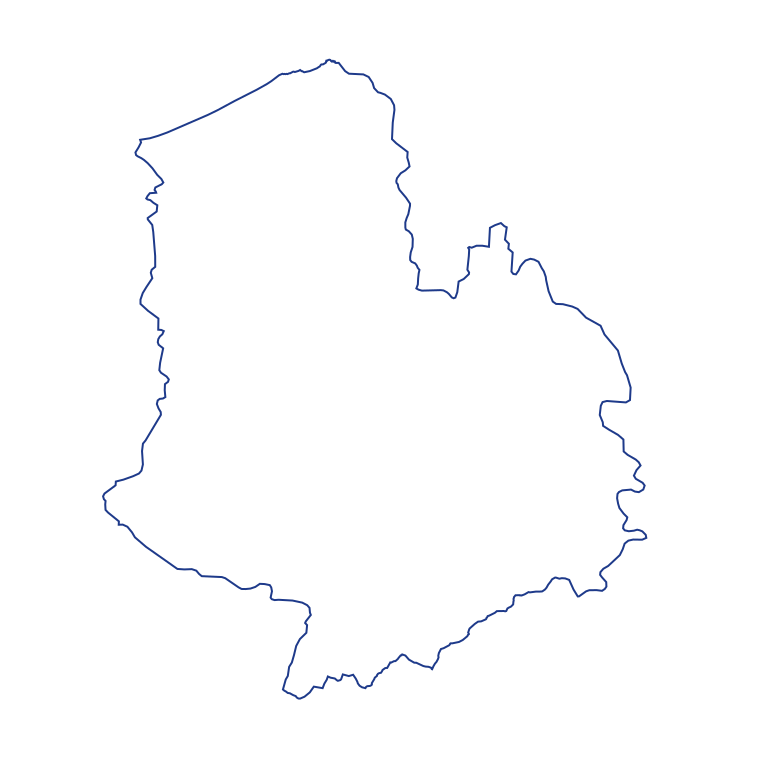 San Carlos, Maldonado, Uruguay (Robinson projection), rotated 184°
{"feature_id": "84410073B16503485399058", "entity_name": "San Carlos", "entity_type": "district", "adm_level": 2, "iso_a3": "URY", "parent_name": "Uruguay", "parent_adm1": "Maldonado", "projection": "robinson", "projection_center": [-54.965, -34.66], "detail": "fine", "context": "isolated", "style": "outline", "palette": "blue", "viewbox_px": 768, "rotation_deg": 184, "n_neighbors": 0, "source": "geoboundaries", "source_scale": "gbopen_adm2", "svg_char_len": 6115}
<svg xmlns="http://www.w3.org/2000/svg" viewBox="0 0 768 768"><g transform="rotate(184 384 384)"><path d="M278.6,552.7L284.3,550.2L289.2,547.2L288.9,528.2L295.7,528.8L301.3,528.4L306.0,526.1L308.5,526.6L309.5,525.7L308.4,524.1L308.3,517.6L308.8,503.8L306.9,501.2L307.0,499.5L311.8,494.3L316.7,491.4L317.3,480.7L318.8,475.2L320.5,474.4L322.4,475.1L325.6,478.4L327.6,479.9L331.2,481.5L333.9,481.6L352.7,479.8L356.1,480.5L358.4,481.6L357.2,485.6L357.3,491.8L357.1,496.8L356.6,500.3L358.5,502.3L359.5,504.4L361.3,506.5L365.0,507.8L366.5,509.5L366.8,512.5L366.5,517.1L365.1,522.7L365.4,530.8L366.7,535.0L369.9,538.1L373.0,539.6L373.6,541.5L374.0,546.7L373.0,551.0L371.6,555.1L370.5,563.5L370.6,565.7L375.0,571.4L382.0,578.6L383.3,580.9L384.2,584.2L385.5,585.5L385.9,587.3L385.4,590.2L382.0,595.4L377.6,598.6L373.7,602.8L374.8,606.7L376.6,611.5L376.6,617.1L388.6,625.0L393.1,628.8L393.5,645.4L392.7,658.2L393.4,662.8L397.1,668.8L403.3,672.8L408.0,674.2L410.3,674.6L414.5,678.5L416.4,683.6L420.7,689.2L426.2,691.4L440.6,691.1L444.6,693.4L451.6,701.2L454.3,700.9L455.1,701.1L455.6,701.9L455.4,702.1L455.6,702.4L456.1,702.3L456.5,702.6L457.0,702.0L457.4,702.1L457.8,702.6L458.5,702.0L459.2,702.4L459.2,702.6L460.2,703.5L461.2,703.7L462.5,703.2L463.2,702.5L464.0,702.6L464.3,701.9L464.1,701.6L464.2,701.0L464.6,700.3L467.1,698.6L468.8,698.4L469.3,697.9L470.3,696.2L471.2,695.7L472.9,694.3L479.8,691.0L485.4,689.4L487.5,690.4L488.0,690.3L489.6,691.4L491.0,690.4L494.7,689.0L495.8,689.3L496.5,689.2L499.3,687.4L500.0,687.4L502.0,686.4L502.8,686.6L504.0,686.2L504.9,686.4L505.8,686.1L507.0,686.4L510.2,684.7L517.6,678.2L521.7,675.1L531.6,668.6L552.8,655.9L569.2,645.5L578.4,640.2L617.7,619.8L626.7,615.8L634.7,612.8L644.3,610.6L643.2,608.0L645.3,603.0L648.1,597.7L647.3,595.1L645.7,594.0L641.9,592.4L639.1,590.8L635.1,587.8L630.0,583.0L624.8,576.8L620.4,573.0L618.2,569.6L619.6,567.8L625.8,564.1L626.4,561.6L625.1,560.1L624.6,558.9L630.9,558.0L633.0,555.0L634.1,552.5L632.8,551.6L629.9,551.1L626.7,548.7L622.6,546.5L622.8,540.2L631.3,533.1L631.1,531.7L626.3,526.5L624.8,519.6L621.2,495.7L620.4,484.9L623.7,481.8L624.4,478.7L622.5,473.4L627.8,464.1L631.0,457.9L632.8,451.2L632.5,446.9L624.3,440.4L613.6,433.6L613.0,422.4L609.9,422.4L607.4,421.4L608.6,418.1L610.9,415.8L612.3,413.0L612.6,409.9L611.5,407.4L606.8,404.2L608.8,389.6L609.1,382.1L607.3,379.7L601.4,376.3L599.0,373.6L599.6,371.1L602.5,368.6L602.3,362.4L601.2,355.7L603.5,354.1L606.7,353.5L608.6,351.8L609.2,348.2L607.2,343.9L604.8,340.5L604.4,337.7L617.9,311.1L620.3,307.7L620.7,300.2L618.9,286.9L619.9,280.7L622.2,277.6L627.9,274.5L637.3,270.4L644.7,268.0L644.7,264.2L655.2,255.2L656.4,252.4L655.4,249.6L653.6,247.9L653.7,244.5L653.0,239.0L650.3,236.5L638.9,228.5L638.8,225.1L634.8,225.5L630.0,223.7L625.0,218.4L621.8,213.7L610.1,205.0L577.2,185.1L570.3,185.1L562.8,185.9L558.2,184.7L555.2,181.6L552.4,179.6L532.3,180.1L528.8,179.2L514.9,171.0L511.8,169.6L507.8,169.8L503.0,170.6L498.2,172.6L493.9,176.0L489.1,176.1L483.9,175.4L482.3,173.2L481.3,169.4L482.2,163.0L480.9,161.5L478.1,160.8L474.1,161.4L460.1,161.6L450.3,160.2L445.2,158.0L442.7,155.5L441.9,150.7L440.9,148.5L445.4,141.8L446.0,140.1L443.9,138.1L444.1,130.4L450.1,123.7L453.3,116.6L454.9,107.2L456.5,99.7L458.9,95.2L459.6,86.0L461.4,82.4L463.5,72.2L462.0,71.1L460.4,70.4L458.5,69.1L456.3,68.9L452.9,67.3L450.3,66.5L449.2,65.2L447.5,64.3L445.8,64.3L441.5,66.5L436.5,71.2L432.9,77.2L424.0,76.3L422.6,80.9L420.5,85.0L419.6,88.3L416.8,87.3L412.5,86.8L410.4,85.2L409.3,84.7L406.9,85.6L406.2,86.4L404.8,91.4L398.7,90.2L394.5,91.8L391.6,88.1L389.8,85.1L389.2,83.5L387.3,81.3L384.7,79.9L381.3,79.3L380.7,80.6L379.6,81.4L377.0,81.8L375.5,82.7L375.1,83.7L375.3,84.7L373.2,88.8L372.7,90.4L370.7,92.3L370.7,93.0L369.8,94.5L368.7,95.2L366.9,95.7L366.0,97.2L365.5,98.6L363.1,100.6L362.1,100.9L361.0,101.0L358.3,106.7L357.6,106.5L354.7,108.2L353.2,108.4L350.9,110.8L350.5,111.6L348.4,114.5L347.6,114.5L347.0,115.5L343.7,114.6L339.9,110.8L334.4,108.1L332.4,108.2L325.1,105.4L322.7,105.0L319.9,105.0L318.1,104.5L317.2,104.2L316.4,102.9L316.1,102.8L314.9,106.1L313.6,108.7L312.3,110.4L311.0,113.3L310.5,115.2L310.9,116.6L310.5,119.4L308.7,123.6L306.1,124.6L300.8,127.9L300.1,128.8L299.9,129.6L299.6,129.9L297.6,130.1L291.2,131.9L287.6,134.1L283.3,138.2L282.7,139.6L281.9,140.3L281.9,140.7L282.7,141.9L281.9,145.2L281.5,146.1L276.7,151.0L273.6,153.5L270.5,154.0L266.1,156.3L265.7,156.7L265.4,157.9L264.9,158.3L264.4,159.7L263.0,160.2L257.4,163.5L255.6,165.3L248.7,165.9L247.2,165.7L246.2,166.1L245.2,168.7L243.8,169.7L241.9,170.7L239.8,173.1L239.7,176.2L239.5,176.8L239.8,178.7L239.5,179.7L239.5,180.4L238.1,182.4L234.2,182.8L233.5,182.5L232.7,182.8L232.0,182.6L229.0,184.0L225.3,186.5L223.9,186.3L218.0,187.5L212.9,187.9L211.6,188.2L209.1,190.2L207.7,192.1L206.2,195.3L203.9,198.7L202.7,200.9L199.9,202.8L199.1,202.9L195.5,202.0L193.1,202.7L189.7,202.7L185.6,201.5L180.6,192.2L175.9,185.6L174.7,185.7L167.9,191.3L164.8,192.6L157.6,193.2L152.0,192.9L149.4,195.0L148.0,197.4L148.5,201.9L153.1,206.4L155.1,208.7L155.0,211.4L152.3,215.0L147.7,218.1L136.8,229.8L134.3,235.9L132.8,241.6L129.3,244.8L124.6,246.2L115.6,246.7L111.6,248.8L112.4,251.8L116.0,255.0L118.7,255.9L121.3,256.3L124.5,255.1L129.5,254.2L133.6,254.8L135.4,256.7L135.3,259.9L132.5,265.2L132.0,268.0L136.0,271.5L140.5,276.7L142.1,280.9L143.5,286.3L143.4,290.6L142.1,292.6L138.9,294.5L130.2,295.9L126.2,294.2L122.2,293.9L118.0,296.8L116.9,300.9L119.1,303.5L126.2,307.0L128.3,310.0L126.1,315.7L122.4,320.6L124.4,323.7L127.6,326.2L136.0,330.3L140.2,333.4L141.3,345.3L146.9,349.5L156.1,354.0L162.5,357.5L163.1,361.1L166.6,368.1L166.2,377.4L164.7,381.2L160.5,382.6L141.4,382.5L137.5,385.1L137.7,397.6L142.2,409.7L144.3,412.7L148.3,421.1L153.0,433.7L167.5,448.8L172.0,457.2L187.1,464.3L196.1,472.4L201.6,474.4L211.1,476.1L217.9,475.9L221.4,478.0L226.3,488.1L229.5,498.9L230.1,502.1L232.4,507.5L234.7,510.6L238.4,516.7L242.9,518.6L246.7,519.1L251.5,517.0L254.3,513.6L256.3,510.5L257.6,506.6L260.0,502.6L262.7,502.8L264.7,505.0L264.8,524.2L269.4,527.6L269.2,532.6L273.4,536.4L272.5,548.9L274.9,549.8L278.6,552.7Z" fill="none" stroke="#1e3a8a" stroke-width="2"/></g></svg>